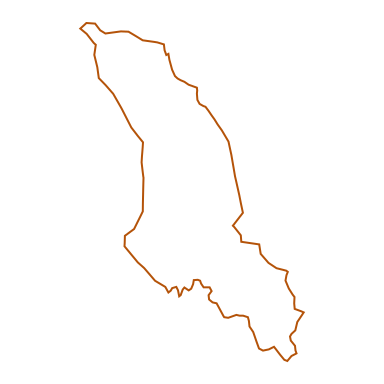 outline of Commonwealth 2, Grand Bassa, Liberia
{"feature_id": "62588387B22492671376188", "entity_name": "Commonwealth 2", "entity_type": "district", "adm_level": 2, "iso_a3": "LBR", "parent_name": "Liberia", "parent_adm1": "Grand Bassa", "projection": "natural_earth1", "projection_center": [-10.038, 5.878], "detail": "fine", "context": "isolated", "style": "outline", "palette": "amber", "viewbox_px": 384, "rotation_deg": 0, "n_neighbors": 0, "source": "geoboundaries", "source_scale": "gbopen_adm2", "svg_char_len": 1942}
<svg xmlns="http://www.w3.org/2000/svg" viewBox="0 0 384 384"><path d="M168.4,292.5L170.7,290.7L172.2,288.1L176.3,286.9L178.0,290.3L179.2,296.3L180.7,295.1L182.7,289.6L184.4,287.5L188.7,290.4L191.2,288.7L193.1,284.2L193.8,280.1L197.8,279.8L200.1,280.7L201.1,283.6L203.6,287.3L209.6,287.3L211.6,291.1L208.6,295.2L209.1,299.5L212.6,302.4L216.6,303.3L219.9,309.4L223.5,316.1L224.2,317.2L228.2,317.8L236.4,314.9L239.7,315.7L243.2,315.7L247.9,317.2L248.9,320.9L249.5,326.5L253.2,332.0L256.5,341.6L259.0,348.5L263.0,350.6L268.8,349.4L274.0,346.8L275.8,349.1L280.0,354.6L284.3,359.8L287.3,361.0L291.5,356.0L296.5,353.4L295.5,350.5L295.0,345.8L290.8,340.6L290.0,336.5L291.5,333.9L295.3,330.4L297.3,322.0L302.2,314.7L303.7,312.4L301.0,311.2L294.7,308.9L294.2,303.4L294.5,297.0L292.7,294.7L288.8,288.5L285.5,280.6L286.5,275.1L287.8,271.9L286.3,270.7L283.3,269.9L276.5,268.2L268.5,262.9L260.7,253.9L259.2,244.4L242.7,242.0L241.3,241.8L240.8,235.3L234.3,227.1L232.9,225.7L242.9,212.8L240.9,203.4L239.3,195.2L236.2,181.4L235.0,176.2L234.4,172.6L233.5,167.3L232.7,162.7L231.4,155.1L228.5,141.6L221.8,130.3L217.6,124.4L214.5,119.4L211.7,115.5L208.3,110.5L207.6,109.6L205.5,106.8L203.3,106.0L199.6,103.9L197.4,99.9L196.9,93.6L197.2,90.5L196.9,87.7L188.6,84.7L184.4,81.8L180.6,80.2L177.6,78.5L175.0,76.1L172.1,69.7L169.4,59.8L168.4,53.9L166.3,55.0L164.6,50.3L163.9,44.4L157.3,42.4L154.2,41.9L142.7,40.3L136.2,36.3L128.5,31.7L120.9,31.4L105.4,33.5L100.2,30.3L95.1,23.6L86.4,23.0L84.7,24.6L80.3,28.6L86.7,33.9L93.7,42.9L95.8,44.8L94.3,54.9L97.3,67.2L98.8,78.1L105.6,85.1L113.2,93.8L120.7,106.9L121.8,108.9L131.3,127.5L137.7,135.8L143.0,142.3L142.7,147.1L142.3,152.3L142.0,155.8L141.6,162.4L141.8,164.1L142.2,167.6L142.7,171.8L143.3,176.7L143.5,177.7L143.3,185.1L142.9,203.2L142.8,211.4L141.0,215.1L134.1,229.0L124.9,235.8L124.7,242.9L124.5,246.3L137.8,262.4L144.2,268.1L155.1,280.8L165.3,286.9L168.4,292.5Z" fill="none" stroke="#b45309" stroke-width="2"/></svg>